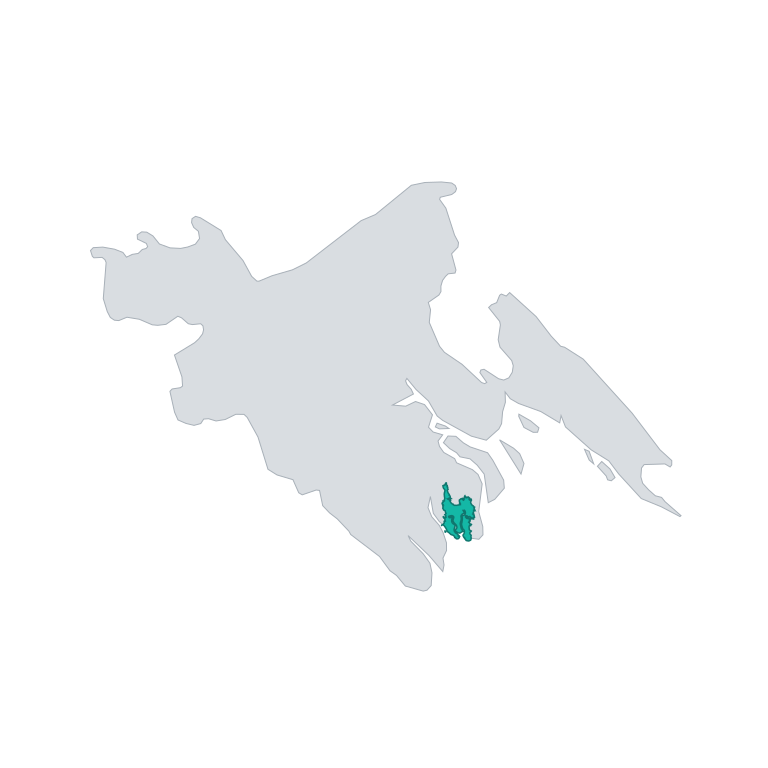 Barguna, Barisal, Bangladesh shown in context, rotated 324°
{"feature_id": "16705992B13795829103768", "entity_name": "Barguna", "entity_type": "district", "adm_level": 2, "iso_a3": "BGD", "parent_name": "Bangladesh", "parent_adm1": "Barisal", "projection": "natural_earth1", "projection_center": [90.164, 22.173], "detail": "fine", "context": "in_parent", "style": "filled", "palette": "teal", "viewbox_px": 768, "rotation_deg": 324, "n_neighbors": 0, "source": "geoboundaries", "source_scale": "gbopen_adm2", "svg_char_len": 9649}
<svg xmlns="http://www.w3.org/2000/svg" viewBox="0 0 768 768"><g transform="rotate(324 384 384)"><path d="M279.1,538.6L279.0,520.9L268.6,486.2L269.1,482.4L266.9,465.6L264.2,456.3L262.9,446.4L269.3,432.2L266.8,429.9L252.7,425.6L251.1,421.9L254.1,407.9L244.0,394.7L240.0,384.8L250.9,352.8L253.7,330.6L252.9,326.3L246.3,321.4L234.7,319.4L226.4,315.2L221.6,308.9L217.5,306.4L212.5,308.3L206.0,305.8L200.7,299.6L196.2,292.0L198.0,283.7L206.5,264.1L209.7,263.5L217.1,267.3L219.8,267.3L224.7,259.5L231.5,237.4L255.1,239.3L260.8,238.6L266.7,236.8L269.9,234.1L271.7,230.5L271.1,227.5L263.9,223.3L261.1,220.2L259.1,211.4L257.0,208.0L242.7,207.6L235.4,203.5L231.3,199.9L224.1,187.8L215.3,178.9L206.7,176.8L203.4,173.9L201.7,169.3L202.7,162.7L207.1,149.9L230.6,122.4L231.3,119.4L230.4,115.9L223.5,111.4L223.1,109.3L225.0,103.5L228.9,102.8L237.0,108.0L245.2,116.5L250.1,124.1L250.2,130.0L256.6,131.2L261.9,133.9L267.5,133.1L271.1,134.5L273.5,134.0L274.4,130.6L269.7,121.9L272.0,118.3L277.4,118.5L281.3,121.7L284.1,128.4L284.6,138.7L290.9,148.1L299.2,154.8L305.7,157.8L313.6,160.0L320.3,157.9L323.6,151.4L322.1,145.5L323.2,140.3L325.9,137.4L330.1,137.6L333.2,141.7L342.4,164.1L340.5,174.0L342.5,201.2L340.2,219.2L341.6,226.0L343.2,227.3L357.0,230.6L377.0,237.8L392.3,240.4L461.5,238.4L476.7,241.9L522.9,239.3L535.5,245.0L549.2,254.3L556.9,261.2L558.3,265.2L557.5,268.6L554.9,270.4L550.2,270.5L539.3,266.0L537.5,267.3L537.4,278.1L528.6,305.0L527.4,313.4L524.3,316.7L515.2,318.4L509.2,334.1L506.7,336.0L500.7,332.6L497.0,333.1L492.3,334.6L487.6,338.2L484.4,342.7L480.7,344.3L467.8,344.0L465.3,351.3L456.8,360.8L451.1,386.1L451.5,393.9L458.7,414.0L463.8,440.2L465.7,442.9L468.1,443.1L468.3,431.1L470.6,429.6L473.6,430.9L479.8,447.1L483.2,451.2L488.6,452.4L494.7,449.9L499.3,445.2L501.1,440.1L499.5,422.4L502.4,415.3L512.9,404.6L514.4,401.3L513.6,383.6L517.6,383.1L523.0,384.4L529.7,380.2L531.8,380.2L534.6,384.7L539.4,383.9L546.7,418.9L547.4,443.6L549.1,457.3L551.7,460.4L559.8,481.0L567.6,553.4L568.6,599.4L571.8,615.1L569.2,618.6L566.7,619.3L564.3,613.8L547.1,602.1L543.0,603.3L537.2,610.1L534.9,616.4L535.9,625.2L537.8,633.9L541.9,638.9L542.2,644.4L546.9,665.1L545.5,665.2L536.2,646.4L524.8,627.9L521.0,594.7L520.7,578.3L512.9,559.0L505.6,525.4L508.7,513.6L503.3,518.7L494.7,498.5L481.4,478.8L477.5,470.1L477.3,461.6L471.5,470.1L463.7,476.1L455.8,485.2L450.5,487.9L433.7,489.6L424.0,477.5L410.1,447.9L408.2,441.2L410.0,423.8L406.7,407.3L405.8,392.9L403.3,394.1L402.3,398.1L402.9,404.2L401.9,409.4L378.5,406.0L388.5,414.7L399.2,416.7L404.7,424.5L405.1,437.4L394.6,445.1L395.5,451.7L401.6,459.6L394.2,461.9L392.2,467.1L392.1,474.5L397.3,485.9L396.4,490.4L405.2,505.3L406.9,512.4L404.7,522.5L385.6,542.9L380.1,557.4L375.4,564.2L369.5,565.4L362.4,558.6L362.3,551.5L363.8,545.9L373.7,532.4L368.3,534.2L352.8,545.4L349.9,536.3L347.9,527.9L347.9,517.6L355.4,502.3L346.9,509.9L344.6,519.5L345.6,530.8L344.5,538.8L341.2,549.2L336.7,555.5L329.4,559.5L326.2,565.7L321.3,570.3L319.6,549.2L314.4,520.8L313.3,526.9L315.9,544.5L315.8,556.0L311.8,565.0L303.7,574.8L297.6,576.1L294.0,574.6L282.5,560.0L281.6,546.2L279.1,538.6ZM420.1,539.0L405.9,542.4L398.6,541.3L412.1,515.8L411.7,504.4L409.6,495.1L402.7,487.6L402.3,482.2L399.2,474.9L397.6,466.4L405.2,463.7L411.4,468.6L413.6,478.2L416.7,485.5L427.4,500.5L427.2,509.7L424.3,532.1L420.1,539.0ZM450.5,530.6L441.9,537.4L444.7,497.1L451.1,512.1L452.8,520.1L450.5,530.6ZM483.6,510.5L479.9,513.3L476.3,510.8L471.7,501.4L474.0,489.4L475.4,487.7L480.9,499.9L483.6,510.5ZM515.9,595.5L511.0,595.9L508.6,593.0L509.7,589.0L508.3,576.0L514.6,574.7L516.9,585.6L515.9,595.5ZM510.4,559.0L506.7,571.9L505.3,566.1L507.8,554.7L510.4,559.0ZM408.9,454.0L410.4,458.2L402.4,452.8L400.3,448.9L403.9,446.9L408.9,454.0Z" fill="#d9dde1" stroke="#a8b0b8" stroke-width="1"/><path d="M375.4,503.6L375.5,503.1L375.2,502.3L376.2,500.9L376.3,500.7L376.2,500.5L376.0,500.4L375.2,500.6L374.5,501.2L374.3,501.2L374.0,501.5L373.5,501.3L373.2,501.4L373.1,501.1L372.5,501.1L371.9,500.9L371.3,502.0L370.9,503.2L371.0,505.0L370.9,505.7L370.2,506.5L369.5,507.1L369.2,507.2L369.1,507.5L368.1,508.3L366.6,510.8L366.0,512.2L364.8,513.0L364.2,514.1L363.7,514.0L363.1,513.3L362.3,514.4L362.1,514.4L361.8,514.2L361.6,514.2L361.0,514.8L360.6,515.0L360.6,515.3L361.0,516.1L360.9,517.0L360.6,517.0L360.2,516.7L359.8,518.0L359.3,518.1L359.1,518.7L358.5,519.1L358.5,519.7L358.2,520.9L358.6,521.8L359.0,522.4L358.3,524.1L358.1,525.2L357.5,525.4L356.4,525.4L356.4,526.2L356.6,526.8L356.5,527.0L356.1,527.0L355.9,527.3L355.9,528.2L355.8,528.3L355.5,528.0L355.2,527.6L354.8,527.9L354.5,527.8L354.0,527.1L354.0,526.2L353.9,526.2L353.7,526.5L353.6,527.4L353.7,527.9L354.1,529.0L353.5,529.6L353.2,529.9L353.1,531.0L352.9,531.0L351.9,530.5L351.3,531.5L350.9,531.8L350.3,532.1L349.0,532.2L349.1,532.3L349.3,533.7L349.4,534.4L349.3,537.1L349.1,538.4L348.5,540.6L349.2,542.5L349.6,544.8L349.8,545.1L349.8,545.4L350.7,546.5L351.0,547.0L351.2,547.6L351.3,547.7L351.3,548.9L351.4,549.2L351.3,549.6L351.0,549.8L351.4,550.2L351.3,550.3L351.3,550.5L351.5,550.9L351.5,551.6L351.9,552.1L352.3,552.4L353.1,552.8L354.5,552.6L354.9,552.2L355.0,552.2L355.5,551.9L355.1,551.2L355.5,551.4L355.6,551.0L354.9,547.5L354.4,546.7L354.3,546.2L354.3,544.7L354.7,543.6L355.3,542.7L357.2,541.3L358.1,540.5L358.4,539.8L358.3,539.0L357.7,537.6L357.6,536.3L357.9,535.1L358.4,534.3L359.1,533.4L359.7,533.0L361.5,532.0L361.2,531.7L359.2,531.3L358.5,530.8L358.2,530.4L358.2,529.4L358.7,529.1L358.8,529.2L359.1,529.5L358.5,529.4L358.4,529.9L359.2,530.4L359.4,530.4L359.5,530.2L359.8,530.1L360.1,530.1L359.3,529.6L359.5,529.4L359.8,529.4L361.0,530.0L361.7,530.5L362.0,531.0L362.3,531.6L362.4,532.1L362.1,532.8L361.9,533.1L359.6,534.9L359.4,535.1L359.2,536.1L359.1,537.7L359.4,539.5L359.5,540.8L359.3,541.7L358.9,542.5L358.6,543.0L357.9,543.5L357.0,543.8L356.8,543.7L356.7,543.8L356.1,543.9L355.6,544.1L355.5,544.5L355.6,545.4L356.3,547.6L357.3,548.9L357.5,548.9L358.0,549.3L359.0,549.3L360.8,549.5L361.2,549.7L361.5,547.2L361.5,546.6L361.9,545.3L363.2,542.5L363.6,541.8L364.7,540.7L365.6,540.1L366.9,538.9L367.7,537.9L368.3,536.5L368.9,535.9L369.4,535.6L371.0,535.2L371.9,535.5L373.1,535.6L373.3,535.4L373.7,532.8L374.5,533.3L374.5,533.5L374.9,533.5L374.9,533.9L374.8,534.8L374.3,535.9L373.8,536.5L372.8,537.1L372.1,537.3L371.4,537.3L370.0,536.5L369.6,536.5L368.9,538.0L368.0,539.4L366.0,541.5L364.5,542.8L364.0,543.6L363.2,545.7L362.7,547.2L362.7,548.1L362.9,548.6L362.9,549.2L362.7,550.1L362.4,550.6L361.0,552.0L360.3,552.3L359.2,552.6L358.9,553.0L358.7,553.6L358.5,554.8L358.5,555.7L359.0,555.3L359.0,555.1L358.8,555.9L358.4,556.7L358.6,557.5L358.5,558.2L358.5,558.9L359.1,559.7L360.3,560.8L360.9,561.0L362.0,561.2L362.5,561.2L362.8,561.0L363.2,560.6L364.0,559.9L364.5,558.7L365.6,557.6L365.4,556.0L365.7,555.1L366.1,554.7L366.4,554.5L367.5,554.6L368.2,554.3L368.1,553.9L367.6,553.0L367.4,552.2L367.6,551.5L368.3,550.6L368.6,549.9L369.1,549.3L369.7,548.9L369.8,548.8L370.1,548.9L370.7,549.5L370.8,549.4L372.2,549.1L372.2,548.9L371.8,548.2L371.1,547.5L371.7,546.4L371.6,546.1L371.2,545.6L371.3,545.5L372.7,545.6L373.1,545.5L373.1,545.1L372.9,544.8L373.2,544.7L373.6,544.8L373.7,544.6L373.5,543.6L373.8,542.8L373.6,542.6L373.0,542.5L372.9,542.3L373.0,541.8L372.9,541.5L372.5,541.9L372.4,541.9L371.9,541.3L371.8,541.0L371.9,540.3L371.7,539.5L371.8,539.4L372.7,538.8L372.9,538.7L373.7,539.5L373.4,540.1L373.1,539.9L372.9,540.2L373.5,540.9L374.0,540.6L374.2,540.9L374.4,541.4L374.7,541.5L375.1,541.4L375.6,541.6L375.7,541.9L375.1,543.0L376.0,543.1L376.1,543.3L375.8,543.6L374.8,544.0L374.6,544.3L376.2,544.4L376.3,544.6L376.2,545.0L376.9,545.7L377.0,545.2L377.3,545.2L377.0,545.0L377.4,544.5L378.0,544.4L378.3,544.7L379.0,544.7L379.4,544.1L379.7,543.1L379.4,542.7L379.6,542.4L380.1,542.3L380.2,542.1L379.5,541.7L379.4,541.4L380.1,541.4L380.3,540.7L380.8,540.2L381.4,540.2L381.8,539.9L382.5,539.6L382.5,539.4L382.2,538.9L382.3,538.7L383.1,538.6L383.4,539.4L383.8,537.9L383.8,537.1L384.1,536.8L384.6,537.0L384.9,536.9L384.5,536.1L384.6,535.8L384.6,535.1L384.2,534.5L384.1,534.2L384.1,531.6L384.5,530.7L385.1,530.1L386.5,529.4L386.9,528.4L386.6,528.1L386.5,528.3L386.2,528.5L385.4,528.6L385.2,528.5L385.2,528.2L385.0,527.7L385.7,527.6L386.2,526.7L385.8,526.3L386.0,526.1L385.8,525.8L385.9,525.1L385.7,524.9L385.6,525.0L385.4,525.3L385.1,525.2L384.6,524.4L384.0,524.5L383.9,523.8L383.4,523.8L383.5,523.1L383.7,522.7L383.8,522.0L383.4,522.1L382.2,523.0L381.7,523.4L381.3,523.9L381.0,524.0L380.7,523.9L380.1,524.0L380.4,524.7L380.0,524.8L379.8,524.4L379.7,523.4L380.1,523.6L379.9,523.2L380.3,523.3L380.4,522.8L380.3,522.6L380.1,522.5L379.8,522.8L379.6,522.8L378.8,522.1L376.7,522.2L375.9,523.4L375.7,524.3L375.0,524.8L375.0,525.1L375.5,525.3L375.6,525.5L374.9,526.5L374.1,525.8L373.6,526.0L372.5,525.3L371.6,525.0L370.2,523.9L369.8,523.7L369.5,523.4L369.4,522.8L369.1,522.3L369.1,522.2L369.3,521.9L368.8,521.4L368.7,521.1L368.6,520.2L368.3,519.5L368.5,518.2L368.5,517.9L368.5,517.3L368.8,517.3L369.1,517.5L369.4,517.5L369.6,517.1L369.5,516.8L369.6,516.4L369.4,516.3L369.4,516.0L369.2,516.1L369.1,516.3L368.9,516.3L368.8,516.1L368.9,515.9L368.8,515.6L368.5,515.3L368.5,515.1L368.3,515.3L368.0,514.9L367.9,514.3L368.1,514.4L368.6,514.8L370.4,515.7L370.4,515.8L370.5,515.9L370.9,516.1L370.7,515.4L370.3,514.7L371.1,514.6L371.4,513.9L371.6,513.1L371.3,512.4L371.8,512.0L371.9,509.2L372.3,508.4L372.5,507.4L372.7,507.2L373.0,507.0L373.8,507.0L373.9,506.6L374.2,505.9L374.9,504.9L374.6,504.2L375.1,503.9L375.4,503.6ZM346.8,540.0L347.2,539.5L347.2,539.1L347.0,538.8L346.6,539.2L346.4,539.6L346.5,539.9L346.8,540.0ZM347.7,533.0L347.7,532.2L347.5,532.3L347.6,532.7L347.7,533.0Z" fill="#14b8a6" stroke="#0f766e" stroke-width="1.5"/></g></svg>